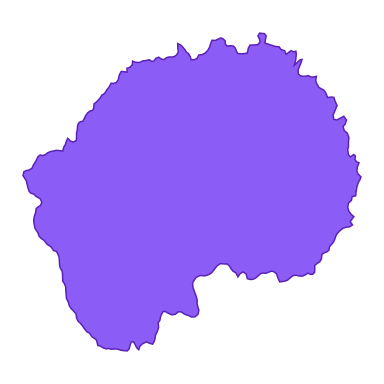 Resplendor, Minas Gerais, Brazil (Equal Earth projection)
{"feature_id": "56859067B25891370030670", "entity_name": "Resplendor", "entity_type": "district", "adm_level": 2, "iso_a3": "BRA", "parent_name": "Brazil", "parent_adm1": "Minas Gerais", "projection": "equal_earth", "projection_center": [-41.153, -19.218], "detail": "fine", "context": "isolated", "style": "filled", "palette": "violet", "viewbox_px": 384, "rotation_deg": 0, "n_neighbors": 0, "source": "geoboundaries", "source_scale": "gbopen_adm2", "svg_char_len": 4386}
<svg xmlns="http://www.w3.org/2000/svg" viewBox="0 0 384 384"><path d="M47.4,244.6L50.8,246.6L53.5,250.4L56.6,251.6L57.8,254.0L59.0,256.9L59.4,261.2L59.6,265.4L60.5,268.6L62.0,270.8L62.5,273.6L62.6,277.3L62.7,281.2L64.4,283.7L65.7,286.9L65.8,290.6L66.2,295.3L66.5,298.7L68.3,302.1L69.3,305.7L71.0,308.4L73.5,311.0L76.0,313.8L76.7,318.5L78.2,321.3L80.2,323.1L82.1,325.4L84.5,328.9L86.8,331.7L89.7,333.3L91.8,336.6L94.2,338.3L96.1,339.5L97.1,342.4L97.8,345.5L100.2,346.0L102.9,347.7L106.1,348.9L108.7,348.5L111.0,349.2L113.5,349.1L115.7,348.9L117.9,349.2L121.1,350.3L124.6,350.7L127.3,350.9L129.2,348.9L130.2,344.8L131.2,341.9L133.6,341.8L135.3,344.9L136.7,347.8L138.8,349.7L139.7,346.5L142.1,344.1L144.1,343.0L146.4,341.8L149.6,343.3L152.6,344.2L154.4,341.0L155.1,338.1L155.5,335.1L157.4,331.3L158.6,327.4L158.2,322.9L159.9,320.3L160.4,317.2L161.6,314.2L163.1,311.5L165.2,311.5L168.4,313.3L171.9,314.9L175.5,314.2L178.2,311.8L181.2,311.9L184.1,313.9L186.8,315.1L189.0,315.6L191.0,316.9L194.9,316.9L198.0,314.3L198.9,310.4L197.9,307.0L197.1,303.6L197.2,299.9L196.0,295.7L194.4,291.5L192.9,287.1L192.6,282.8L194.1,280.4L195.9,277.6L198.4,276.2L200.8,275.5L204.8,275.9L209.0,274.5L211.7,272.7L214.3,269.4L217.0,265.9L220.2,263.7L223.8,263.9L227.4,264.1L229.6,266.2L231.3,269.1L233.1,271.3L235.9,272.8L237.9,276.9L240.0,273.8L243.0,271.9L246.1,273.8L247.3,278.7L250.1,279.5L253.1,279.3L256.1,277.7L258.5,275.6L260.6,273.6L262.9,273.0L265.9,273.3L268.7,272.2L271.2,271.2L273.7,271.6L276.5,273.8L278.2,278.7L279.8,281.9L282.7,281.5L285.5,280.9L287.6,280.1L290.2,277.9L293.0,275.6L296.2,275.3L298.7,275.9L302.6,276.1L305.4,274.8L307.9,273.1L310.4,274.4L312.8,274.2L314.6,272.4L314.8,268.8L314.7,265.4L317.4,263.3L319.9,261.6L321.4,258.9L322.0,254.3L324.3,252.8L326.8,251.9L328.9,250.3L329.5,246.8L331.4,244.6L333.4,242.2L334.9,239.0L335.8,236.0L337.2,233.6L339.4,231.2L342.7,228.4L346.0,227.2L349.5,226.9L352.5,224.9L350.2,221.6L353.9,216.6L351.5,214.7L348.9,211.3L347.7,207.2L348.6,202.8L351.4,200.5L352.2,196.6L355.7,195.8L356.0,192.4L356.8,187.3L358.3,182.5L359.9,179.9L361.0,176.9L358.1,174.0L356.8,170.9L357.4,166.9L359.0,162.7L356.6,161.9L354.9,159.2L355.4,155.9L353.6,154.5L350.4,157.0L348.4,154.7L347.7,149.4L348.5,146.8L348.4,143.1L348.9,137.5L347.2,133.0L344.3,130.7L343.0,126.5L345.1,124.2L346.5,120.1L343.8,116.3L336.8,120.0L333.7,119.2L333.1,115.0L334.5,111.8L337.1,105.5L335.9,103.0L334.8,100.4L333.9,97.4L331.2,97.0L327.7,97.6L325.6,92.5L323.9,90.2L318.9,87.4L316.6,83.4L315.7,80.4L316.4,76.4L313.1,77.0L310.8,77.0L308.4,75.6L305.6,76.2L302.0,76.2L299.9,75.6L298.3,73.6L298.1,69.9L301.2,62.3L302.0,59.5L299.8,60.0L294.4,65.2L295.7,60.0L296.3,54.1L295.9,51.2L293.6,51.8L290.9,50.7L289.1,52.1L286.1,54.3L284.6,50.7L281.0,49.5L279.1,46.8L275.1,46.4L264.8,43.0L266.2,35.9L264.5,33.7L259.7,33.1L257.9,35.9L259.3,38.6L260.1,41.9L257.6,44.7L253.3,45.0L250.0,45.1L248.3,48.3L247.4,52.9L244.4,53.6L241.1,53.8L237.7,53.5L236.2,50.7L235.2,47.9L233.3,46.0L230.4,45.7L226.9,46.1L225.3,43.8L225.1,40.7L223.0,38.8L220.7,37.9L218.0,39.2L215.4,40.4L211.9,40.3L210.6,43.9L209.5,47.3L207.8,50.3L205.4,52.9L202.1,54.6L198.8,55.0L197.1,58.3L194.4,59.7L191.1,59.7L190.3,56.7L188.5,53.6L186.4,52.1L185.0,49.8L183.0,47.4L180.7,45.0L177.7,43.6L177.8,47.8L178.3,52.0L176.7,54.8L174.4,56.5L171.8,57.1L169.5,56.9L166.6,57.6L164.1,59.5L161.6,59.2L158.7,57.2L155.8,58.3L154.1,60.8L151.9,61.5L149.1,59.7L145.8,60.6L142.6,60.9L139.9,62.4L137.3,62.4L134.9,62.1L132.6,61.1L132.3,64.8L129.7,67.4L127.0,68.2L127.1,72.2L123.9,71.7L121.3,71.4L119.4,74.7L118.2,79.9L116.1,82.7L113.4,83.4L111.1,83.2L109.3,86.7L106.7,90.0L104.5,93.6L102.0,94.9L100.2,97.9L97.7,100.7L95.9,102.4L94.0,103.9L93.8,108.0L92.6,110.3L89.8,111.1L87.5,113.0L85.8,115.4L84.4,118.3L82.8,121.3L80.2,121.7L78.3,123.5L77.5,126.3L77.3,129.9L76.5,132.9L76.6,136.2L76.3,140.4L73.5,142.0L70.6,141.2L67.7,138.3L66.2,141.7L65.3,144.6L63.7,147.3L62.8,151.0L59.3,150.6L56.3,150.3L53.5,151.0L50.7,151.5L47.8,152.7L45.2,154.7L42.4,155.6L40.2,155.0L38.1,156.5L36.9,158.9L35.6,161.6L33.6,164.6L31.9,168.3L28.9,170.1L26.4,170.5L23.9,171.7L23.0,175.6L24.7,178.3L26.3,180.8L27.1,184.2L28.0,188.1L29.2,191.5L31.2,193.4L33.8,194.1L36.2,196.6L40.0,198.5L41.8,202.0L40.6,205.4L38.1,206.9L36.2,208.5L35.6,212.4L34.2,216.9L33.7,220.6L34.0,223.5L35.0,228.4L37.8,232.7L39.3,236.5L41.5,238.7L44.1,240.4L47.4,244.6Z" fill="#8b5cf6" stroke="#5b21b6" stroke-width="1.5"/></svg>